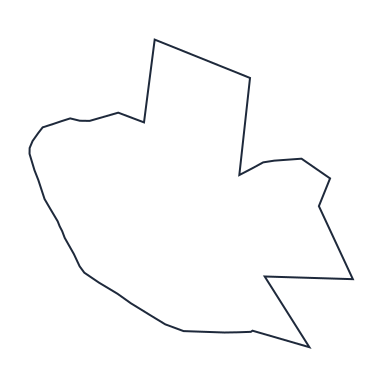 the district of Mederdra, Trarza, Mauritania, rotated 92°
{"feature_id": "47542326B59245352565920", "entity_name": "Mederdra", "entity_type": "district", "adm_level": 2, "iso_a3": "MRT", "parent_name": "Mauritania", "parent_adm1": "Trarza", "projection": "natural_earth1", "projection_center": [-15.699, 17.141], "detail": "fine", "context": "isolated", "style": "outline", "palette": "slate", "viewbox_px": 384, "rotation_deg": 92, "n_neighbors": 0, "source": "geoboundaries", "source_scale": "gbopen_adm2", "svg_char_len": 732}
<svg xmlns="http://www.w3.org/2000/svg" viewBox="0 0 384 384"><g transform="rotate(92 192 192)"><path d="M343.0,69.3L273.9,116.4L273.5,28.2L201.7,64.7L173.6,54.5L154.9,83.7L154.9,83.8L157.8,110.9L159.9,121.9L166.4,132.9L173.4,145.3L76.0,138.0L41.0,234.6L124.1,242.4L115.3,268.5L124.5,296.8L124.7,306.6L122.7,316.3L125.8,325.0L128.9,333.2L132.6,343.5L138.4,347.7L146.6,353.1L153.7,355.8L159.5,355.7L175.7,350.2L185.4,346.0L204.2,339.1L213.7,333.1L226.0,325.2L230.8,323.1L235.6,320.4L242.3,317.6L258.1,307.9L270.2,301.7L276.4,296.8L285.9,281.7L296.3,262.9L305.3,249.3L309.6,241.7L316.5,229.6L325.2,214.1L331.3,195.6L331.3,154.7L330.6,141.2L329.7,128.3L328.5,126.7L343.0,69.3Z" fill="none" stroke="#1e293b" stroke-width="2"/></g></svg>